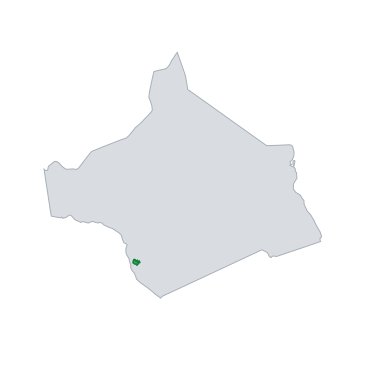 Bumula, Western, Kenya shown in context, rotated 306°
{"feature_id": "3690345B11418167735466", "entity_name": "Bumula", "entity_type": "district", "adm_level": 2, "iso_a3": "KEN", "parent_name": "Kenya", "parent_adm1": "Western", "projection": "albers", "projection_center": [34.469, 0.568], "detail": "fine", "context": "in_parent", "style": "filled", "palette": "green", "viewbox_px": 384, "rotation_deg": 306, "n_neighbors": 0, "source": "geoboundaries", "source_scale": "gbopen_adm2", "svg_char_len": 4255}
<svg xmlns="http://www.w3.org/2000/svg" viewBox="0 0 384 384"><g transform="rotate(306 192 192)"><path d="M87.8,229.1L87.7,224.6L88.4,213.3L88.3,203.3L88.9,198.3L91.3,195.1L92.5,192.8L93.3,189.6L94.6,187.0L97.5,184.9L98.0,183.7L101.1,180.1L103.0,175.6L104.4,174.0L106.1,172.6L107.4,171.8L109.4,171.1L111.0,170.6L111.3,170.3L111.4,169.5L110.9,166.7L111.6,165.7L112.6,163.8L113.9,162.1L115.0,161.0L115.6,159.8L115.9,157.8L116.0,156.4L115.9,154.1L115.6,148.8L114.3,144.4L113.5,139.5L114.1,137.9L113.0,135.0L112.5,134.8L111.7,134.2L110.6,131.5L109.8,129.0L109.3,128.4L105.8,126.2L104.0,121.1L102.1,120.0L101.0,114.9L100.8,113.4L101.9,108.3L101.8,107.2L100.7,106.1L97.4,105.0L94.7,102.9L95.0,102.2L95.2,101.4L93.8,100.9L89.8,92.3L95.0,87.0L100.3,81.8L107.1,75.1L113.3,68.9L118.7,63.6L123.5,58.9L123.4,59.8L123.4,61.0L124.0,61.7L125.0,62.3L126.4,61.7L127.6,61.0L128.7,60.8L135.9,62.8L137.1,64.5L137.1,66.3L137.4,67.7L136.8,69.0L136.2,73.1L136.4,76.8L138.6,79.6L140.5,81.8L142.1,84.8L143.2,85.7L144.7,86.2L149.7,86.3L157.0,86.5L164.1,86.7L164.8,86.8L166.2,87.2L172.8,91.3L178.7,95.0L183.8,98.3L188.7,101.4L193.4,104.5L197.1,107.1L200.8,107.9L206.7,108.2L210.8,108.3L214.6,109.4L220.2,110.4L224.4,110.9L226.9,111.4L233.9,112.0L235.1,111.6L238.2,108.8L241.6,104.1L243.0,101.6L247.5,99.0L255.3,95.5L260.9,93.0L267.0,90.4L269.8,92.6L273.7,96.0L275.5,97.7L276.9,98.5L279.0,99.0L281.5,99.0L282.9,98.9L285.8,98.4L292.5,98.0L296.3,98.0L293.1,102.6L289.3,108.2L282.2,118.4L276.9,123.8L272.8,127.9L272.4,128.6L272.5,133.1L272.6,144.2L272.8,166.3L273.0,188.4L273.2,210.4L273.3,221.5L273.4,225.2L277.0,229.8L280.5,234.3L285.2,240.2L287.7,243.4L288.1,244.5L288.0,246.6L284.2,251.2L281.1,253.2L276.9,254.2L275.6,254.0L274.0,253.4L273.3,254.5L272.8,256.2L271.9,255.8L271.2,255.3L271.6,258.3L272.1,259.8L271.5,261.8L269.4,263.5L269.2,265.0L264.8,268.8L258.5,269.3L255.2,271.2L253.8,272.8L252.7,276.2L253.1,281.4L251.4,285.4L251.0,287.4L247.8,290.1L246.4,292.5L245.3,294.9L244.4,296.0L243.3,301.4L241.8,304.7L241.4,305.8L241.0,306.8L239.9,308.8L239.1,310.1L238.6,311.0L234.8,319.5L231.8,323.3L229.4,322.9L227.9,324.4L227.7,325.1L226.9,324.7L224.9,323.3L220.8,320.4L216.8,317.6L212.7,314.7L208.7,311.9L204.6,309.0L200.6,306.1L196.6,303.3L192.5,300.4L190.1,298.7L189.1,297.7L188.3,295.7L187.9,295.3L186.8,294.6L185.5,294.5L185.2,294.1L185.2,293.2L185.6,291.8L187.1,289.1L187.2,287.6L186.9,285.8L186.5,283.0L186.1,282.3L183.4,280.9L177.8,277.8L172.2,274.7L166.6,271.6L161.0,268.5L155.4,265.4L149.8,262.3L144.2,259.2L138.6,256.1L133.0,253.0L127.4,249.9L121.8,246.8L116.2,243.7L110.6,240.6L105.0,237.5L99.4,234.4L93.8,231.2L91.7,230.1L89.8,229.1L87.8,229.1ZM274.0,258.8L273.0,259.1L273.5,257.6L276.3,255.6L277.5,256.1L277.8,256.5L277.7,256.9L277.2,257.3L274.0,258.8Z" fill="#d9dde1" stroke="#a8b0b8" stroke-width="1"/><path d="M103.5,184.9L103.4,184.9L103.2,184.8L103.0,184.7L102.9,184.8L102.8,185.0L102.7,185.1L102.4,185.1L102.3,184.9L102.2,184.9L101.9,185.0L101.7,185.0L101.4,185.2L101.5,185.3L101.4,185.3L101.4,185.5L101.2,185.6L100.8,185.8L100.7,185.8L100.6,186.0L100.6,185.9L100.5,186.0L100.4,186.0L100.4,186.3L100.3,186.5L100.3,186.8L100.2,186.9L100.2,187.0L100.1,186.9L100.1,187.0L100.1,187.4L100.1,187.5L100.2,187.8L100.1,188.0L100.2,188.4L100.3,188.5L100.5,188.7L100.6,188.8L100.9,189.3L101.0,189.4L101.0,189.5L100.9,189.8L100.7,189.8L100.5,190.0L100.5,190.5L100.8,190.5L101.0,190.4L101.3,190.4L101.4,190.5L101.5,190.5L101.8,190.7L102.0,190.7L102.3,190.6L102.5,190.6L102.6,190.4L102.8,190.2L103.0,190.2L103.1,190.3L103.2,190.5L103.3,190.5L103.3,190.8L103.5,190.9L103.8,191.0L104.0,191.1L104.3,191.2L104.4,190.9L104.4,190.7L104.5,190.7L104.8,190.5L104.8,190.4L105.0,190.3L105.0,190.2L105.2,189.9L105.1,189.7L104.9,189.7L104.7,189.6L104.4,189.5L104.1,189.5L104.0,189.4L103.9,189.4L103.7,189.2L103.8,189.2L103.7,189.0L103.7,188.9L103.7,188.7L103.8,188.5L103.8,188.4L104.0,188.3L104.3,188.3L104.4,188.2L104.5,188.0L104.4,188.0L104.2,188.1L103.9,188.0L103.7,187.9L103.7,187.7L103.7,187.4L103.6,187.2L103.4,187.3L103.4,187.2L103.5,187.1L103.4,187.0L103.4,186.9L103.5,186.9L103.5,186.7L103.4,186.7L103.5,186.6L103.5,186.4L103.7,186.2L103.8,186.1L103.8,185.9L103.7,185.9L103.6,185.7L103.6,185.4L103.6,185.2L103.5,184.9Z" fill="#22c55e" stroke="#15803d" stroke-width="1.5"/></g></svg>